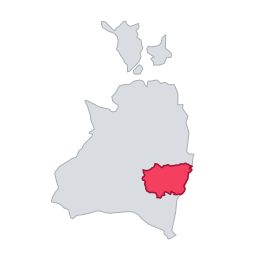 Lääne-Viru on a map of Estonia (orthographic projection), rotated 96°
{"feature_id": "EST-1658", "entity_name": "Lääne-Viru", "entity_type": "County", "adm_level": 1, "iso_a3": "EST", "parent_name": "Estonia", "parent_adm1": "", "projection": "orthographic", "projection_center": [26.348, 59.26], "detail": "fine", "context": "in_parent", "style": "filled", "palette": "rose", "viewbox_px": 256, "rotation_deg": 96, "n_neighbors": 0, "source": "natural_earth", "source_scale": "10m", "svg_char_len": 4471}
<svg xmlns="http://www.w3.org/2000/svg" viewBox="0 0 256 256"><g transform="rotate(96 128 128)"><path d="M209.5,196.2L208.6,196.4L203.8,195.6L198.4,193.0L196.1,191.1L193.8,191.1L191.0,192.5L181.0,196.2L178.6,195.4L172.9,191.7L170.0,187.7L163.7,179.8L163.1,177.9L162.3,176.3L155.5,174.3L153.1,171.4L151.0,171.0L147.9,169.5L140.1,163.1L138.1,162.5L137.6,163.5L137.7,165.0L137.2,165.9L136.2,165.8L134.4,163.5L132.3,161.4L125.3,165.1L122.8,166.1L120.7,166.2L109.7,170.9L106.3,173.6L104.9,173.2L105.3,170.7L110.2,158.1L111.3,148.1L113.0,146.8L113.5,145.4L112.9,142.1L108.3,139.9L106.4,140.2L104.6,143.6L102.8,146.0L98.6,147.4L95.2,144.7L87.0,140.9L85.1,136.1L84.8,131.4L80.7,126.7L79.1,121.2L79.9,117.5L84.0,115.3L85.2,113.2L80.2,113.3L79.2,112.7L79.1,110.8L77.2,104.2L79.2,101.7L80.2,99.2L78.7,97.0L79.2,94.6L80.6,92.2L80.1,86.5L85.0,83.7L89.8,81.7L99.8,81.0L99.0,75.8L103.0,75.7L109.9,69.6L116.6,70.9L126.3,66.8L144.9,67.2L147.5,64.8L147.1,62.3L147.2,59.6L150.7,60.4L156.5,60.0L178.3,65.3L183.7,65.3L191.2,70.6L195.2,71.9L207.1,71.8L225.5,73.8L229.0,70.1L229.3,69.1L231.1,71.1L233.4,74.3L234.1,76.1L233.4,77.2L231.2,78.2L230.7,79.2L229.8,81.0L227.2,81.3L225.9,82.6L224.4,88.1L221.5,97.3L217.2,104.3L213.6,108.2L212.0,111.1L211.1,114.7L210.9,118.2L214.7,137.4L214.7,140.9L214.0,144.4L213.4,148.1L214.0,151.2L216.4,156.6L219.1,164.6L220.2,169.7L221.9,171.5L223.5,172.9L223.9,173.7L223.8,174.7L223.0,175.7L215.8,178.5L214.9,180.8L214.2,183.4L211.0,187.2L210.1,190.7L209.6,194.7L209.5,196.2ZM49.0,122.2L51.3,123.9L53.5,123.5L55.8,122.5L60.6,123.8L71.3,132.2L72.2,134.4L65.5,135.1L63.9,137.4L62.2,139.0L60.3,139.5L56.9,142.7L52.4,145.7L51.4,147.6L43.5,146.8L39.1,147.8L35.4,151.2L33.6,158.2L30.7,163.5L27.9,165.3L25.2,165.5L24.7,163.4L25.1,161.3L31.3,153.9L32.6,151.5L29.9,150.2L27.7,147.3L22.7,143.8L21.9,141.2L23.2,141.1L24.4,140.5L25.9,138.4L26.7,136.0L23.0,128.6L25.2,127.7L27.8,128.1L30.3,130.3L33.4,128.1L34.7,127.8L36.7,128.8L39.1,124.2L44.1,123.0L46.6,121.6L49.0,122.2ZM59.9,109.4L57.0,112.5L55.5,111.1L54.7,109.5L50.8,116.6L46.7,117.6L44.4,116.0L44.8,113.3L42.9,106.1L39.6,103.8L34.8,103.4L31.4,100.2L45.1,99.1L46.7,95.8L49.6,92.4L51.7,92.1L53.4,93.0L53.6,95.8L54.0,96.9L60.0,98.8L62.2,103.5L62.8,109.1L59.9,109.4ZM73.2,128.0L70.3,128.5L63.9,123.6L65.6,120.6L67.6,119.5L73.1,121.6L73.7,126.4L73.2,128.0Z" fill="#d9dde1" stroke="#a8b0b8" stroke-width="1"/><path d="M157.9,63.8L158.1,63.7L158.7,63.2L159.2,62.2L158.9,61.8L159.4,60.3L160.1,60.7L160.8,61.9L161.4,62.6L162.1,62.5L162.1,62.0L162.0,61.5L162.1,60.9L162.5,60.3L162.9,60.1L163.3,60.2L164.4,60.8L165.7,62.0L165.8,62.3L165.9,62.7L165.9,63.1L166.2,63.2L172.4,63.2L173.0,63.4L174.4,64.2L176.4,64.7L178.2,65.8L179.5,66.2L180.3,66.2L180.8,66.0L181.9,65.1L182.4,64.9L183.7,65.0L185.0,65.4L186.2,66.1L187.5,67.1L188.8,68.6L188.5,69.6L188.4,70.1L188.4,70.3L188.5,70.7L189.0,72.0L189.2,72.7L189.2,73.4L189.3,74.9L189.1,75.3L188.6,74.8L188.3,74.6L188.1,74.6L187.9,74.7L187.7,75.0L187.5,75.3L187.7,76.6L187.2,77.2L186.6,77.6L186.5,77.8L186.6,78.0L186.8,78.4L187.1,78.5L187.4,78.5L187.7,78.4L189.1,78.6L189.4,78.7L189.5,79.1L189.2,79.9L187.8,82.7L187.6,84.2L188.1,85.0L188.5,85.3L191.0,84.6L191.4,86.3L191.6,86.9L192.2,87.5L192.7,87.7L193.7,87.8L194.0,88.1L194.2,88.5L193.9,90.4L194.2,90.8L194.2,91.0L194.3,91.4L194.2,91.7L193.9,91.9L192.1,92.1L189.9,93.5L189.7,93.9L189.6,94.9L189.6,98.5L190.0,99.4L190.0,99.8L189.8,100.2L189.3,100.7L189.1,101.2L189.1,101.7L189.0,102.1L188.9,102.4L188.7,102.6L187.7,103.0L186.5,104.0L185.6,103.9L185.3,104.0L183.5,104.8L182.2,105.5L181.7,105.6L181.0,105.5L180.6,105.2L179.9,105.1L178.3,106.3L178.3,107.4L178.2,107.6L178.1,108.0L176.7,108.6L174.9,107.9L174.0,106.6L173.5,106.5L172.8,106.6L170.9,107.8L168.1,108.5L168.2,107.7L168.4,106.9L168.5,106.3L168.5,105.8L168.5,105.2L168.4,104.5L167.9,103.3L167.5,102.4L166.9,101.7L165.9,100.3L165.2,100.0L164.4,98.2L163.9,98.0L163.2,97.9L162.4,97.5L161.9,97.4L161.0,97.4L160.7,97.3L160.6,97.0L161.0,95.7L161.0,94.5L162.1,93.3L162.5,92.3L163.4,91.0L163.7,89.6L162.5,89.1L161.7,88.5L161.5,88.0L161.8,87.3L161.4,86.5L160.9,85.4L160.6,85.3L160.5,85.1L160.4,84.9L160.4,84.5L160.6,84.0L160.8,83.5L160.7,83.2L161.3,82.7L161.3,82.1L161.3,81.8L160.6,78.5L160.4,77.8L160.1,77.0L159.9,76.5L159.8,75.8L159.7,75.3L159.6,74.5L159.7,74.0L159.6,73.6L159.5,73.2L158.5,72.4L158.3,71.9L158.2,71.6L158.0,68.9L157.6,68.4L157.4,68.1L157.1,67.3L157.1,67.0L157.1,66.6L157.7,65.9L157.9,65.6L157.9,64.0L157.9,63.8Z" fill="#f43f5e" stroke="#9f1239" stroke-width="1.5"/></g></svg>